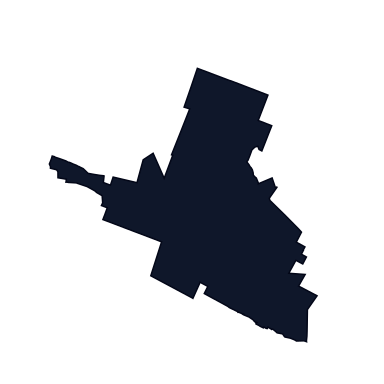 Segarcea, Dolj, Romania, rotated 193°
{"feature_id": "2599482B73363688740019", "entity_name": "Segarcea", "entity_type": "district", "adm_level": 2, "iso_a3": "ROU", "parent_name": "Romania", "parent_adm1": "Dolj", "projection": "albers", "projection_center": [23.75, 44.087], "detail": "fine", "context": "isolated", "style": "filled", "palette": "ink", "viewbox_px": 384, "rotation_deg": 193, "n_neighbors": 0, "source": "geoboundaries", "source_scale": "gbopen_adm2", "svg_char_len": 2073}
<svg xmlns="http://www.w3.org/2000/svg" viewBox="0 0 384 384"><g transform="rotate(193 192 192)"><path d="M214.6,313.7L216.6,293.5L218.8,272.9L212.9,272.5L216.6,247.7L220.3,223.6L219.0,223.5L222.2,199.1L238.6,221.0L246.8,212.4L247.7,188.7L272.2,188.8L273.0,180.3L280.5,181.3L281.3,187.9L281.5,188.0L285.5,187.5L291.3,187.1L297.5,186.8L301.1,189.0L303.3,190.3L306.5,191.0L307.9,191.4L308.7,191.4L310.5,192.0L314.0,192.5L316.8,193.1L318.2,193.3L319.5,193.2L321.7,193.9L325.8,194.4L329.4,194.8L333.2,195.1L333.9,195.5L336.3,195.6L336.5,192.6L336.9,189.6L337.3,187.2L335.6,184.9L335.3,183.3L328.9,183.2L327.2,181.6L325.8,175.7L317.3,176.2L317.0,173.2L316.1,173.5L315.5,173.5L314.7,173.5L306.4,174.9L305.9,174.7L295.5,173.7L288.4,171.7L286.6,171.1L284.9,170.1L278.8,168.2L278.7,168.1L276.6,161.3L277.2,158.4L271.0,157.6L272.0,149.1L272.1,148.9L272.6,145.1L268.8,144.6L210.4,136.6L213.3,101.1L167.4,88.7L167.2,88.6L165.5,97.2L164.1,104.2L163.9,105.9L155.5,103.6L155.4,103.4L157.2,95.8L131.3,88.6L129.7,87.8L119.7,85.5L119.8,85.2L119.4,85.3L115.0,84.6L114.6,84.6L114.9,84.2L113.8,83.9L109.6,83.2L108.6,83.1L103.7,81.2L102.6,80.3L102.0,79.9L100.8,79.3L100.0,79.6L99.4,79.4L99.9,78.8L100.1,78.1L100.0,77.8L96.7,77.0L95.5,76.5L92.5,75.8L91.8,75.7L91.5,76.6L89.1,75.8L87.9,75.9L87.6,77.5L83.4,76.0L83.1,76.5L82.3,76.5L79.1,74.9L77.4,73.9L71.8,74.1L69.4,71.9L68.8,71.6L63.3,71.7L58.8,71.0L56.7,70.3L49.4,72.2L46.7,71.9L47.0,72.7L47.6,77.4L48.6,82.4L53.1,103.4L46.8,119.0L67.0,124.3L63.2,137.1L79.4,134.6L75.4,148.8L67.9,146.8L65.9,154.4L71.4,156.0L70.4,160.0L70.7,160.0L69.6,163.9L79.1,166.6L76.3,177.5L79.6,179.8L95.7,190.0L114.2,201.3L115.3,203.3L110.3,215.7L110.5,215.9L111.8,215.1L117.1,223.7L129.1,215.0L129.1,215.3L132.5,220.1L134.1,220.9L136.0,222.2L136.8,224.6L138.2,227.2L139.8,228.9L141.2,229.8L142.5,231.3L145.4,233.7L144.6,235.5L143.8,240.7L143.1,246.5L141.4,249.1L140.6,250.1L138.2,251.4L136.2,248.5L133.2,247.7L130.6,265.3L129.2,274.5L143.6,276.6L139.8,303.5L163.7,306.9L178.9,309.0L180.6,309.1L214.6,313.7Z" fill="#0f172a" stroke="#020617" stroke-width="1.5"/></g></svg>